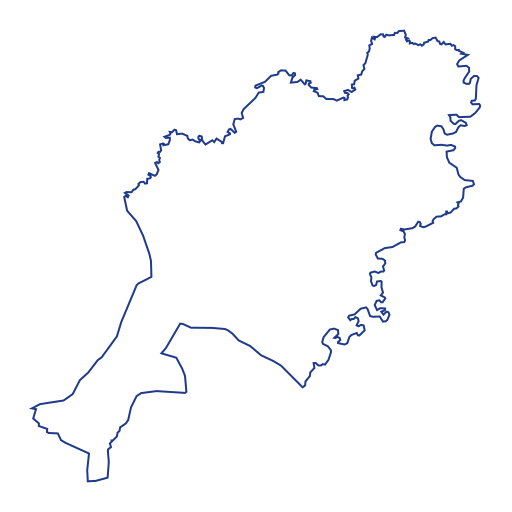 the district of Phutthaisong, Buri Ram, Thailand, rotated 270°
{"feature_id": "78962969B74701516685822", "entity_name": "Phutthaisong", "entity_type": "district", "adm_level": 2, "iso_a3": "THA", "parent_name": "Thailand", "parent_adm1": "Buri Ram", "projection": "robinson", "projection_center": [103.029, 15.546], "detail": "fine", "context": "isolated", "style": "outline", "palette": "blue", "viewbox_px": 512, "rotation_deg": 270, "n_neighbors": 0, "source": "geoboundaries", "source_scale": "gbopen_adm2", "svg_char_len": 6117}
<svg xmlns="http://www.w3.org/2000/svg" viewBox="0 0 512 512"><g transform="rotate(270 256 256)"><path d="M124.7,302.6L126.5,305.1L130.7,305.5L135.8,309.8L139.6,310.3L144.0,314.4L148.9,313.6L149.0,315.6L146.5,318.4L146.6,321.1L147.9,322.7L147.4,325.0L152.2,328.5L160.2,331.1L162.0,330.8L165.7,327.9L168.1,323.0L169.9,322.2L174.8,323.6L182.5,329.9L183.4,334.1L181.9,338.0L177.9,338.3L174.2,334.3L174.0,335.4L175.1,337.3L174.0,339.7L171.9,340.3L170.1,338.1L168.9,338.1L167.5,344.6L168.8,347.3L175.0,349.4L177.0,351.4L179.0,356.8L176.7,357.9L176.5,359.3L181.7,364.7L186.6,363.6L187.1,360.9L185.7,358.5L186.7,356.6L190.8,358.6L193.6,358.0L194.9,355.4L193.0,353.7L192.9,351.5L191.8,350.3L194.5,348.2L196.3,349.1L197.6,354.6L203.3,360.7L204.6,366.1L202.9,367.6L195.9,370.1L195.2,373.3L195.5,379.7L190.4,383.0L190.7,385.7L192.1,387.3L197.2,389.5L199.8,388.4L200.3,386.5L197.4,383.5L200.3,381.3L201.7,384.8L203.5,385.1L203.8,380.2L201.9,377.1L206.9,374.7L211.1,376.6L211.7,379.4L209.8,381.0L209.7,382.5L213.5,385.3L214.6,384.7L216.6,380.8L219.4,383.0L224.6,381.5L230.4,381.6L231.0,380.7L230.5,377.0L227.0,376.1L226.0,374.1L226.6,372.5L231.0,371.0L234.5,371.4L238.0,369.9L239.3,370.4L240.5,374.7L239.0,378.5L240.4,380.7L240.5,383.5L241.5,384.1L245.6,383.0L248.6,385.3L251.4,385.0L253.2,382.5L253.5,377.8L257.6,375.7L259.2,376.1L263.9,384.8L265.0,392.5L269.6,400.8L269.9,404.3L271.8,405.1L274.6,404.3L278.0,404.9L280.7,403.5L281.8,400.4L283.2,400.8L282.5,404.4L283.8,412.4L285.5,415.2L290.3,418.2L290.0,419.7L288.3,420.7L286.1,420.1L284.8,422.9L285.2,425.2L289.2,433.2L290.8,432.6L292.7,433.5L295.3,436.5L295.7,441.3L297.7,444.4L297.7,446.2L300.5,446.2L300.5,447.0L298.7,447.4L299.4,450.5L303.3,454.2L303.5,456.3L305.5,458.5L306.9,457.9L308.3,458.6L309.6,457.4L310.5,460.9L314.4,463.1L323.3,463.8L324.7,466.0L326.3,472.6L327.8,474.0L331.1,472.8L331.9,464.7L335.0,460.3L337.4,458.5L344.3,456.7L349.3,449.3L354.8,446.9L360.4,446.6L361.8,453.5L364.0,455.2L365.4,455.1L367.1,451.0L366.4,447.1L367.2,441.5L366.7,434.4L368.9,431.8L373.3,430.6L380.4,431.9L384.9,434.9L386.4,437.1L385.7,441.4L382.8,443.4L378.5,444.7L377.3,447.0L378.5,453.0L380.0,456.0L384.9,458.5L386.7,460.6L386.0,464.8L386.8,466.7L389.1,465.9L391.8,461.3L391.3,459.0L388.0,455.5L388.1,453.8L391.4,450.5L394.6,450.4L396.9,449.0L397.3,456.4L394.9,459.0L395.3,470.4L399.1,475.3L404.6,479.8L406.6,480.1L408.0,479.1L407.7,472.5L409.5,471.1L411.2,471.7L411.5,474.8L413.1,475.8L426.8,476.5L434.1,478.6L435.8,477.2L436.1,474.1L433.2,470.8L429.3,470.0L428.1,468.9L428.2,466.3L429.4,463.7L431.3,463.5L433.8,464.7L440.5,469.2L444.2,469.0L446.2,466.5L445.5,458.4L447.9,457.1L451.6,459.3L457.1,467.8L458.3,461.5L459.3,463.1L461.1,459.0L462.1,458.8L461.8,457.2L462.7,455.2L465.8,455.2L466.9,453.4L466.3,451.8L468.2,450.4L467.6,445.5L470.0,443.7L467.6,441.5L468.2,440.0L470.5,439.3L470.9,437.5L474.4,435.6L473.8,432.5L471.9,430.3L472.0,428.6L470.3,428.0L469.3,424.1L467.5,423.7L466.3,421.9L467.7,420.4L466.9,418.4L468.5,415.0L467.9,413.7L469.2,412.3L468.6,409.8L470.8,409.9L471.6,409.1L470.6,407.0L472.4,406.0L473.6,407.8L474.6,405.1L477.2,405.8L481.3,404.1L480.9,398.7L479.1,397.6L479.1,394.8L477.1,394.2L476.6,388.8L477.3,386.3L475.0,384.7L475.5,383.6L477.6,383.1L477.7,380.6L474.9,377.0L475.2,374.1L473.7,375.1L472.6,374.6L474.5,372.0L471.2,371.1L468.1,372.1L466.6,369.3L463.5,369.7L460.3,368.9L459.3,367.3L457.3,367.8L448.9,365.4L446.9,363.5L443.1,364.4L440.7,362.2L437.4,361.2L436.7,357.8L433.4,358.4L431.3,354.7L427.7,354.1L427.5,351.9L424.1,352.0L423.6,352.9L424.3,354.5L422.4,355.3L420.0,351.6L422.1,348.0L420.9,344.2L419.2,344.9L418.8,347.7L417.7,348.7L416.2,347.5L414.6,348.0L412.6,347.2L411.9,344.4L414.1,344.5L414.4,343.4L411.4,336.8L412.9,333.6L413.0,326.4L415.7,323.2L415.9,318.8L419.2,317.6L420.9,313.8L422.2,314.3L423.0,317.3L423.9,316.9L424.4,311.3L427.1,308.7L428.6,309.0L429.2,310.7L430.8,310.4L431.6,306.3L428.3,305.7L427.7,304.7L432.3,300.7L430.0,297.3L429.4,290.9L434.3,292.4L436.9,295.1L438.7,294.9L439.0,293.4L436.5,291.8L436.8,289.1L441.4,285.6L441.6,280.9L439.8,278.2L438.4,278.4L437.4,277.3L436.2,271.1L430.2,265.0L426.4,255.5L424.5,255.2L423.8,256.9L426.4,261.6L426.2,262.9L424.0,264.0L420.1,263.4L419.4,258.7L414.2,255.5L402.7,243.5L399.0,241.7L394.1,243.1L392.6,240.4L393.4,238.2L392.9,234.7L387.7,233.3L380.2,236.2L379.2,234.7L383.2,230.4L382.6,229.1L380.0,227.6L378.6,230.0L377.7,229.9L375.7,225.0L368.8,223.1L368.8,222.0L370.2,221.6L373.4,216.5L369.9,214.2L371.7,212.3L367.5,205.5L371.4,202.3L375.5,201.7L376.2,199.3L375.0,198.3L373.4,198.5L372.2,199.2L372.1,201.0L369.6,199.2L370.7,195.1L372.4,192.8L371.8,189.7L373.8,187.7L376.1,187.4L378.4,182.0L377.8,177.0L381.8,176.1L382.3,174.4L379.8,172.1L380.1,169.8L378.3,170.5L377.1,169.6L375.2,164.4L374.1,165.7L374.3,169.8L372.0,169.9L367.7,168.3L366.8,163.5L368.3,163.7L368.5,162.9L367.6,160.1L361.6,161.1L360.1,160.1L360.1,158.4L359.0,157.7L357.9,159.1L355.3,158.4L354.0,159.9L352.0,159.2L349.9,159.8L348.7,158.2L350.0,156.9L349.0,155.1L342.1,158.5L337.7,156.7L336.2,154.9L338.8,149.0L337.3,148.4L335.9,150.6L334.5,150.8L333.6,149.9L333.2,147.2L328.7,147.0L328.4,145.1L330.2,143.6L329.9,140.4L328.0,138.4L326.9,139.0L325.7,138.1L322.6,135.1L322.5,133.5L319.8,131.6L319.9,126.3L319.1,124.9L316.4,128.6L314.8,127.8L316.1,125.7L315.1,124.2L301.3,127.1L290.9,136.2L276.3,143.1L258.0,149.4L250.9,151.0L235.1,151.4L228.5,138.4L226.9,136.7L189.8,121.2L175.6,116.9L154.6,101.6L151.9,97.8L139.4,88.2L131.9,79.9L117.9,72.7L111.5,63.6L107.9,40.1L103.6,31.9L102.8,36.0L93.5,33.2L88.6,38.9L86.0,38.8L83.1,47.2L80.0,46.9L79.0,48.8L78.6,57.8L71.9,61.0L69.2,65.4L58.5,89.0L41.7,87.2L30.7,87.8L31.1,95.6L34.3,107.6L49.8,108.8L60.8,107.9L62.7,108.1L64.9,111.0L68.6,109.9L70.6,111.9L71.5,111.6L71.5,112.8L75.4,116.8L79.4,117.6L80.9,119.4L84.7,120.2L88.6,125.9L92.0,128.2L104.6,131.0L115.9,136.6L118.9,141.2L120.9,156.5L119.1,185.0L120.1,186.4L136.1,185.0L143.1,182.3L154.3,176.3L158.7,161.4L163.9,165.9L188.4,180.2L188.0,183.0L184.3,191.0L184.1,212.0L183.0,225.0L181.6,228.1L178.4,232.4L171.5,238.8L165.9,250.3L156.7,261.1L151.0,273.3L146.3,281.1L124.7,302.6Z" fill="none" stroke="#1e3a8a" stroke-width="2"/></g></svg>